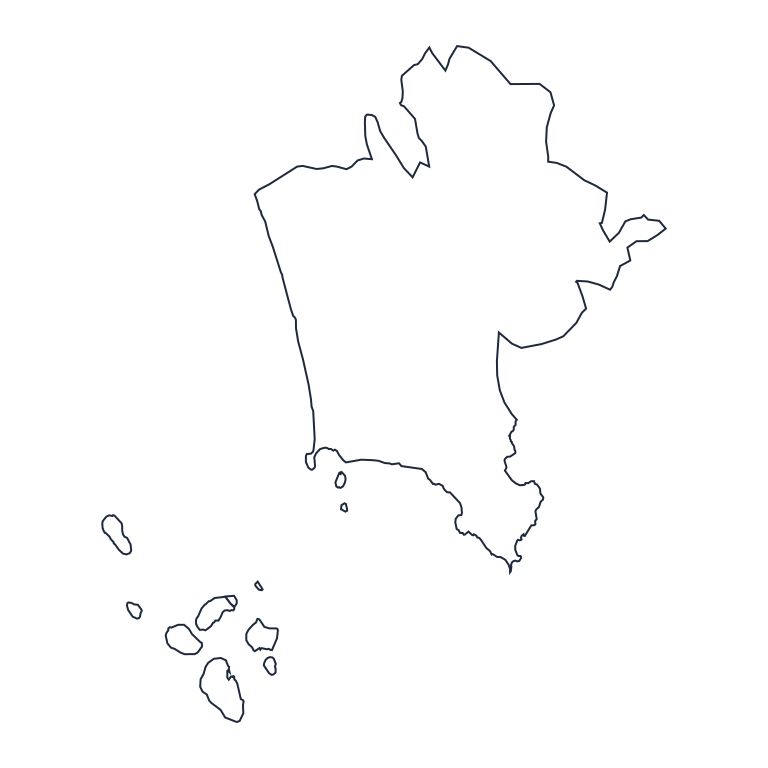 Nias Barat, Sumatera Utara, Indonesia
{"feature_id": "22746128B23007358779926", "entity_name": "Nias Barat", "entity_type": "district", "adm_level": 2, "iso_a3": "IDN", "parent_name": "Indonesia", "parent_adm1": "Sumatera Utara", "projection": "equal_earth", "projection_center": [97.451, 0.982], "detail": "fine", "context": "isolated", "style": "outline", "palette": "slate", "viewbox_px": 768, "rotation_deg": 0, "n_neighbors": 0, "source": "geoboundaries", "source_scale": "gbopen_adm2", "svg_char_len": 6118}
<svg xmlns="http://www.w3.org/2000/svg" viewBox="0 0 768 768"><path d="M429.3,47.5L424.9,53.6L422.2,59.1L417.7,64.2L414.0,65.1L401.9,75.8L401.3,79.8L402.8,91.4L402.5,98.0L401.3,102.0L399.9,103.1L401.1,105.2L404.0,106.3L415.0,118.9L417.5,133.5L418.9,138.1L421.8,140.9L425.8,146.7L429.2,166.6L420.1,162.4L412.6,177.3L403.9,168.1L396.2,155.6L384.3,138.1L380.2,131.2L377.6,122.1L375.2,116.8L371.8,115.0L366.9,114.6L365.2,116.6L364.9,122.9L365.3,136.1L366.9,144.5L371.9,159.2L363.9,158.5L357.5,160.5L351.6,166.6L346.5,169.2L336.5,166.5L331.8,166.0L323.2,168.3L316.6,169.0L302.7,165.9L297.1,166.6L269.6,184.1L258.9,189.7L254.7,194.2L257.3,201.4L259.2,209.1L260.7,211.0L261.6,214.8L265.2,221.5L268.8,236.3L272.6,246.2L281.0,272.6L282.1,274.5L282.5,277.4L290.8,308.9L293.2,315.9L294.9,317.5L295.9,319.8L296.0,328.3L298.1,341.2L303.0,359.5L308.6,384.6L311.0,399.5L311.6,406.7L313.2,411.0L314.7,439.2L313.5,450.1L312.9,451.8L310.9,453.7L306.8,454.0L305.9,456.1L305.9,462.0L308.3,467.5L310.6,469.4L312.0,469.8L314.1,468.2L314.7,467.5L315.0,465.5L314.3,457.2L316.1,453.3L320.2,449.0L324.3,447.8L326.7,447.8L328.7,449.0L331.0,449.0L333.3,450.6L334.9,449.7L336.9,450.9L339.0,454.9L343.2,460.2L345.9,462.4L361.2,459.7L373.1,460.2L378.5,460.8L385.0,463.1L389.6,463.4L391.8,464.3L399.0,463.3L401.5,466.1L421.9,469.0L425.6,472.2L428.3,478.8L429.9,479.8L433.0,484.0L433.7,483.7L435.7,484.7L439.0,483.8L442.7,485.9L443.6,488.3L445.1,490.4L447.3,492.3L450.0,492.4L460.0,503.1L461.5,507.5L461.9,513.0L461.3,515.1L458.3,515.4L455.7,518.9L455.3,522.4L456.7,529.1L458.6,530.1L460.0,532.9L462.7,533.0L463.7,534.7L464.6,534.7L468.5,531.6L472.0,534.9L473.1,535.3L473.8,534.3L476.2,535.5L477.4,537.5L479.3,537.9L480.9,539.8L486.2,547.8L490.2,551.3L491.6,554.5L492.7,554.1L497.0,556.9L500.7,557.1L505.3,559.8L508.7,564.9L510.0,568.8L510.1,572.2L510.8,571.2L511.4,566.5L511.0,565.4L511.7,562.8L512.8,561.5L515.1,560.6L517.4,561.4L519.3,560.9L521.1,558.0L521.0,556.8L520.4,556.0L518.3,556.0L517.3,555.0L515.2,549.7L515.3,545.6L517.2,540.7L518.0,539.8L519.5,540.3L521.0,540.0L521.5,539.5L521.0,537.6L521.6,535.9L523.5,534.3L523.8,535.7L524.8,536.0L531.3,525.4L534.3,525.2L535.4,524.3L535.1,521.0L536.7,519.1L535.4,511.1L536.4,509.3L538.9,507.1L540.7,501.7L542.9,499.7L543.3,497.4L540.4,493.5L540.0,488.7L537.0,484.5L534.8,483.8L534.1,481.2L531.2,481.2L528.2,483.2L525.6,483.0L524.9,484.6L524.1,484.9L520.0,485.3L516.0,483.5L511.9,480.3L504.9,470.6L506.3,468.0L506.4,466.8L504.5,460.8L504.8,459.1L507.1,456.8L510.1,456.6L515.3,453.1L515.4,451.1L514.5,449.7L514.1,446.4L512.0,443.2L511.8,442.0L510.9,441.5L510.8,440.2L510.0,438.8L510.0,436.0L509.2,435.8L511.5,431.7L512.8,431.1L513.7,429.9L513.8,426.8L515.6,424.9L515.6,421.4L516.8,419.8L511.8,414.1L504.5,402.6L499.8,390.3L497.2,375.4L496.9,361.0L498.9,332.5L512.0,343.7L521.4,347.9L541.4,344.1L555.8,339.6L563.3,336.3L576.4,322.8L581.9,312.7L586.1,308.6L582.5,296.3L577.5,282.8L576.1,281.8L577.0,280.8L587.7,281.5L598.6,284.5L610.1,289.7L612.2,287.0L613.8,282.2L616.9,276.2L620.1,266.0L630.3,260.5L627.4,247.6L636.5,241.2L647.6,241.1L657.2,235.2L665.7,228.6L659.2,220.8L648.1,219.6L643.8,215.0L641.3,217.6L630.9,219.2L625.4,221.3L618.9,232.8L609.7,241.6L603.0,230.3L599.8,223.3L601.9,222.9L605.1,209.7L607.0,192.6L595.1,185.4L584.2,180.2L566.4,166.7L556.7,162.9L548.2,161.7L548.2,156.5L546.1,141.7L546.8,127.2L550.7,113.1L554.1,105.4L550.5,92.3L539.6,83.9L510.5,84.1L490.7,61.1L468.6,47.7L457.1,46.1L449.5,58.8L448.0,64.5L445.4,70.6L432.2,53.1L429.3,47.5ZM220.8,658.0L213.8,658.8L208.2,662.8L205.6,666.8L203.6,673.9L200.6,679.3L200.2,686.8L202.5,691.6L206.8,694.5L209.2,700.6L211.2,702.8L220.6,709.9L225.2,717.5L235.8,721.7L237.3,721.9L239.7,720.9L243.3,713.3L243.0,705.1L243.6,701.2L243.1,700.3L240.8,699.0L237.3,683.7L235.7,680.5L234.4,679.6L234.1,676.7L233.2,676.1L232.8,677.1L231.0,676.5L228.8,679.7L227.3,677.6L227.3,670.9L227.8,670.5L229.6,672.3L228.8,668.7L229.1,666.9L228.0,665.7L225.8,660.2L220.8,658.0ZM189.1,629.1L184.1,624.8L178.2,624.8L171.3,627.6L169.8,627.2L168.3,628.4L168.3,630.3L166.5,632.8L165.7,635.5L167.4,643.3L170.9,647.6L174.5,648.8L180.9,652.8L184.8,654.2L194.8,654.1L197.7,652.5L202.0,646.5L201.8,642.9L200.2,642.0L191.9,634.0L189.1,629.1ZM225.3,596.8L214.7,598.0L210.0,601.2L208.8,601.2L205.5,604.4L204.9,604.5L201.6,608.4L198.0,616.6L196.6,618.2L196.0,620.4L196.1,623.9L197.4,626.8L199.8,629.9L203.3,629.6L205.5,630.3L211.0,626.2L212.9,622.9L214.1,622.4L215.5,620.5L218.5,620.6L220.9,616.5L222.6,612.3L224.6,610.5L227.7,610.2L229.7,611.0L231.4,610.1L233.3,610.4L234.2,609.3L234.3,607.4L230.4,603.6L225.3,596.8ZM269.4,628.4L264.4,626.9L259.4,619.4L257.4,618.9L256.0,622.5L253.0,624.8L248.6,629.6L246.9,632.8L246.3,634.3L246.3,640.2L248.6,644.2L252.1,647.3L253.6,650.4L254.8,651.2L259.4,648.1L260.3,649.7L261.5,648.1L267.1,649.3L268.8,648.8L270.6,650.0L272.0,650.0L277.0,638.3L277.9,630.3L277.3,628.8L276.1,628.4L269.4,628.4ZM114.8,515.9L113.2,515.1L112.5,515.9L109.0,515.4L106.4,516.6L104.1,519.4L102.6,521.4L102.3,523.7L102.6,528.0L103.5,530.4L104.7,532.8L105.5,532.8L109.6,536.7L110.7,539.1L113.7,542.2L113.7,543.4L115.2,544.6L118.9,549.8L123.0,553.6L126.5,554.4L129.7,553.2L131.2,550.8L130.6,544.6L127.1,537.9L124.5,536.7L123.0,534.4L122.2,530.8L122.2,526.1L121.6,523.3L114.8,515.9ZM134.2,604.4L131.2,602.8L128.3,602.5L127.4,603.2L126.9,605.6L128.3,610.3L132.7,616.7L137.0,618.6L138.8,618.2L140.0,616.7L140.6,613.1L141.8,610.7L141.4,609.6L137.9,604.8L134.2,604.4ZM270.0,657.1L267.6,658.0L265.6,659.9L264.2,663.0L263.8,665.4L269.1,673.2L271.7,674.9L273.5,674.4L275.6,672.5L275.6,668.5L274.9,666.6L275.8,663.9L273.8,658.7L272.4,657.5L270.0,657.1ZM345.0,475.7L341.8,472.2L341.3,472.2L340.6,474.1L339.8,473.7L340.1,472.5L339.2,473.0L335.4,482.4L336.3,486.4L338.1,487.6L339.0,487.2L340.4,487.9L343.0,486.4L345.0,482.4L345.6,478.9L345.0,475.7ZM234.4,606.8L236.7,603.6L236.7,600.1L234.0,595.8L225.3,596.5L230.6,603.6L234.4,606.8ZM345.4,511.6L347.1,510.7L347.1,509.2L345.9,504.0L344.5,503.3L341.5,505.2L341.0,509.2L345.4,511.6ZM262.6,589.4L257.7,581.6L255.3,584.0L255.3,585.6L258.3,589.0L259.4,589.9L261.8,590.2L262.6,589.4Z" fill="none" stroke="#1e293b" stroke-width="2"/></svg>